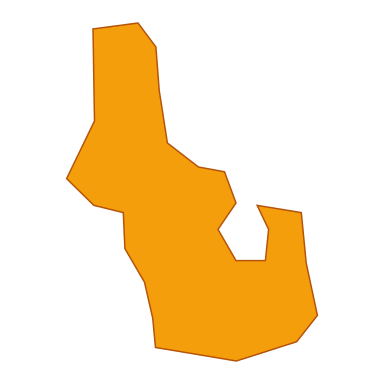 SVG path tracing the border of Triesen
{"feature_id": "LIE-4893", "entity_name": "Triesen", "entity_type": "state/province", "adm_level": 1, "iso_a3": "LIE", "parent_name": "Liechtenstein", "parent_adm1": "", "projection": "mercator", "projection_center": [9.548, 47.092], "detail": "fine", "context": "isolated", "style": "filled", "palette": "amber", "viewbox_px": 384, "rotation_deg": 0, "n_neighbors": 0, "source": "natural_earth", "source_scale": "10m", "svg_char_len": 448}
<svg xmlns="http://www.w3.org/2000/svg" viewBox="0 0 384 384"><path d="M317.4,315.4L296.7,341.7L236.3,361.0L155.5,347.5L152.7,318.1L144.5,282.2L124.9,248.6L123.3,212.6L93.9,205.4L66.6,178.6L94.5,121.0L93.0,28.9L138.0,23.0L155.9,47.0L159.2,90.3L167.4,143.0L198.4,167.0L224.5,171.8L236.0,203.0L218.0,229.4L236.0,260.6L265.4,260.6L268.6,229.4L257.2,205.4L301.3,212.6L306.2,263.0L317.4,315.4Z" fill="#f59e0b" stroke="#b45309" stroke-width="1.5"/></svg>